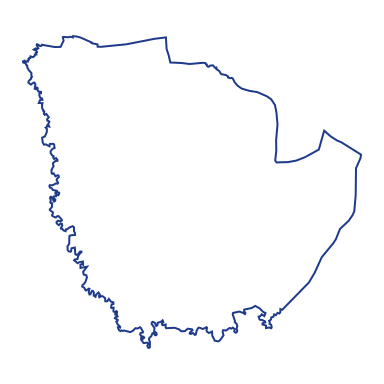 the district of Ban Mai Chaiyaphot, Buri Ram, Thailand
{"feature_id": "78962969B40296665264995", "entity_name": "Ban Mai Chaiyaphot", "entity_type": "district", "adm_level": 2, "iso_a3": "THA", "parent_name": "Thailand", "parent_adm1": "Buri Ram", "projection": "natural_earth1", "projection_center": [102.815, 15.571], "detail": "fine", "context": "isolated", "style": "outline", "palette": "blue", "viewbox_px": 384, "rotation_deg": 0, "n_neighbors": 0, "source": "geoboundaries", "source_scale": "gbopen_adm2", "svg_char_len": 5761}
<svg xmlns="http://www.w3.org/2000/svg" viewBox="0 0 384 384"><path d="M165.9,37.4L154.5,38.8L126.4,44.3L101.2,46.8L97.6,46.7L97.5,44.4L91.6,43.1L91.7,42.5L80.7,37.6L76.2,36.4L73.0,36.2L72.8,37.5L70.7,36.7L68.4,37.3L63.4,36.9L62.8,37.2L63.6,40.6L60.6,46.9L54.6,47.0L41.9,44.8L41.4,45.8L39.9,46.0L38.0,44.5L36.9,44.3L36.7,45.3L38.3,48.3L36.9,49.2L35.6,48.4L33.8,49.6L36.0,50.6L37.1,52.0L37.0,52.5L35.7,53.1L36.3,54.5L34.8,54.7L34.7,55.8L33.1,57.2L30.5,56.4L30.3,58.0L29.3,57.9L28.6,58.6L28.9,59.7L27.7,60.5L27.9,61.5L25.8,61.8L24.7,60.6L23.0,61.4L23.2,62.6L25.6,63.1L26.1,64.8L27.2,65.5L27.2,67.2L28.8,70.2L31.4,72.9L31.3,75.2L32.0,76.9L31.0,77.6L31.1,78.8L28.8,80.8L28.4,82.7L30.9,84.6L33.6,82.6L34.4,82.6L35.4,84.2L34.7,88.8L35.7,89.1L36.4,87.5L37.2,87.6L37.7,88.2L37.4,89.6L38.4,91.5L41.0,91.9L41.0,93.2L39.5,93.2L39.3,95.2L40.0,97.5L42.1,98.5L42.4,99.8L40.1,100.0L38.8,103.0L42.5,103.2L42.0,104.9L42.2,108.6L43.2,109.8L43.2,110.9L44.3,111.3L43.8,113.8L44.8,114.9L46.3,113.9L48.8,117.3L47.1,119.2L47.4,120.7L48.9,121.2L49.4,121.9L48.1,124.0L49.1,126.5L47.0,125.7L46.7,127.1L45.7,127.6L46.9,129.0L46.8,132.1L44.9,136.4L42.1,137.7L42.7,142.4L44.0,144.7L45.9,144.4L49.5,146.3L49.9,144.0L53.0,143.8L54.1,144.4L54.6,148.0L52.6,148.8L51.6,149.9L50.6,151.4L50.6,152.9L52.1,155.4L53.7,156.3L53.2,157.6L54.1,159.0L56.1,158.1L57.5,160.0L57.4,160.9L55.6,160.9L53.1,163.0L52.9,164.0L53.6,166.1L51.4,170.2L51.7,173.4L52.3,173.8L53.7,173.4L55.4,176.3L57.8,175.2L58.6,175.6L58.9,177.1L57.1,178.6L56.6,180.0L58.1,182.8L57.5,183.7L55.9,183.4L52.8,185.2L49.7,185.2L49.4,186.2L49.9,187.5L51.5,188.1L52.9,190.0L56.9,190.8L56.9,191.6L55.5,192.5L55.4,193.2L58.0,192.3L59.0,192.5L59.3,193.2L58.4,195.2L56.7,194.7L56.1,195.2L56.0,196.3L54.1,196.3L53.3,197.0L53.3,197.8L55.3,199.6L55.2,200.8L54.2,201.6L53.7,201.4L52.9,198.7L50.9,196.7L50.4,196.9L50.1,198.3L50.8,199.9L50.3,202.4L50.6,203.0L52.1,203.3L52.0,206.9L49.8,209.4L49.8,210.1L52.9,212.3L52.8,213.7L52.0,215.1L52.5,216.1L55.8,217.5L57.4,216.1L58.6,216.1L61.7,219.6L61.9,220.4L60.2,221.4L58.0,220.7L56.5,222.0L56.7,223.4L58.9,225.2L60.7,223.5L61.8,223.7L62.3,225.7L60.8,228.1L61.0,228.7L62.4,228.9L63.3,230.3L65.6,231.2L66.0,229.3L67.3,229.2L69.6,227.4L72.6,226.2L74.0,227.3L74.0,231.3L74.9,232.8L75.1,234.9L70.3,235.4L69.4,236.0L69.2,243.8L67.5,246.4L67.6,249.9L68.7,251.3L70.4,251.8L71.0,251.3L71.5,248.3L74.8,247.5L75.3,254.2L76.2,254.8L77.7,254.6L80.2,251.5L81.4,251.5L81.4,252.3L80.3,253.0L78.2,255.9L77.5,259.0L74.8,259.5L74.1,260.3L77.6,263.2L79.0,262.3L82.9,261.5L83.1,264.7L81.6,264.1L80.4,264.8L80.5,267.9L87.0,266.7L83.1,271.9L83.8,274.6L86.4,275.3L86.9,277.6L85.3,282.1L83.9,284.1L82.5,285.0L82.2,286.6L84.2,287.7L85.6,290.4L86.4,290.4L88.7,288.6L89.4,288.8L88.7,292.4L89.5,294.5L90.4,294.3L91.8,291.1L92.7,290.8L93.9,292.5L93.7,295.6L95.5,296.8L96.1,294.6L98.5,292.5L99.9,294.7L98.9,295.9L99.4,297.3L101.6,296.1L102.6,296.2L105.1,298.1L105.3,301.3L107.3,301.2L108.8,298.9L110.8,301.5L113.4,302.4L113.4,304.0L111.6,304.4L111.1,307.5L111.5,308.0L113.6,307.7L113.4,311.2L113.9,311.8L114.9,312.1L116.3,311.1L117.1,311.7L116.9,313.3L115.5,313.2L115.2,314.5L117.0,315.2L117.6,316.5L115.5,317.2L114.9,318.2L117.7,319.8L117.7,320.6L116.3,321.6L117.7,324.4L120.2,326.8L120.1,327.4L118.6,326.6L117.8,327.3L118.9,330.0L120.4,331.1L121.3,330.4L122.5,331.0L124.0,330.5L130.2,332.1L133.0,330.7L135.4,328.2L137.8,328.5L139.9,327.2L140.7,327.7L143.1,331.9L142.9,332.4L140.4,333.2L140.2,334.5L141.4,336.2L143.6,336.7L144.2,337.7L142.6,339.1L141.2,337.9L141.1,339.7L143.7,343.1L147.0,342.6L147.9,343.0L148.0,344.2L147.3,346.0L148.2,347.8L149.3,347.8L149.9,347.2L149.9,341.9L149.0,339.5L149.2,338.1L151.3,336.1L152.5,333.2L153.7,333.2L155.2,335.3L156.3,335.1L156.7,334.2L156.4,333.0L154.1,331.3L154.5,328.0L151.6,323.9L151.9,322.4L152.9,321.8L155.2,323.1L155.7,325.4L156.3,326.0L157.4,325.2L157.8,322.7L160.6,322.0L162.6,320.3L163.4,322.1L161.9,323.8L162.0,324.6L163.1,325.3L165.7,324.5L165.6,327.2L166.1,328.2L174.7,327.8L179.2,329.4L181.2,331.3L184.9,331.1L187.8,328.7L192.0,329.3L192.5,330.2L189.9,332.5L189.7,333.5L190.8,334.0L192.9,333.0L194.9,334.9L195.8,334.5L196.8,330.2L198.4,327.8L199.6,327.7L202.8,329.0L206.6,327.2L207.1,328.0L206.4,330.1L207.1,331.8L209.0,333.0L212.0,331.6L212.3,335.8L214.8,340.7L218.6,341.4L220.1,340.1L223.5,335.4L222.6,331.8L223.1,330.2L226.1,330.5L229.6,328.0L231.5,328.6L232.7,327.6L234.7,329.0L234.2,331.3L234.7,332.1L235.7,332.7L236.9,332.0L237.2,330.4L236.6,328.9L237.3,325.8L236.4,323.5L234.8,322.3L234.9,320.7L232.7,314.5L233.1,312.9L239.2,311.6L242.8,312.7L244.9,314.1L245.4,313.1L244.1,311.0L244.2,309.6L251.8,308.0L255.2,305.9L259.5,308.3L263.3,312.0L265.5,313.0L264.3,316.1L261.7,314.3L260.4,316.1L258.7,316.6L259.4,319.2L260.0,319.8L262.2,320.0L265.0,321.3L265.3,322.4L262.6,323.2L262.5,324.5L266.0,325.6L266.0,328.1L269.3,327.5L271.3,328.2L271.7,327.3L271.4,325.6L271.0,324.6L269.5,323.8L269.8,321.9L269.1,320.8L271.0,319.5L271.3,317.4L273.4,316.8L274.2,314.4L275.8,315.2L277.6,312.9L279.4,313.5L280.3,312.2L280.4,309.1L282.2,309.8L308.9,282.5L314.7,272.7L321.8,257.1L333.1,243.5L335.9,239.2L340.0,228.9L348.7,220.8L352.5,215.2L354.3,211.3L355.7,194.8L356.0,168.3L360.5,158.1L361.0,154.6L341.5,142.4L336.9,140.4L330.7,136.4L324.2,130.7L318.8,149.6L305.0,157.2L296.3,160.6L287.9,162.1L276.5,162.4L275.2,160.6L276.3,150.5L276.1,140.3L277.5,124.5L276.5,113.1L275.0,105.1L271.2,99.3L267.1,96.4L257.3,92.1L249.6,90.9L241.7,88.6L237.5,85.6L234.9,82.6L232.7,78.4L231.6,77.9L230.0,78.2L228.0,77.4L228.1,76.5L226.1,75.1L221.2,74.1L219.2,71.0L216.4,69.1L216.4,67.6L215.3,67.9L212.8,65.3L209.7,65.7L209.1,66.6L208.2,66.8L206.8,65.7L206.8,64.5L205.8,64.1L205.5,63.1L203.1,62.8L189.5,64.0L181.6,63.0L170.3,62.5L168.8,55.7L166.6,48.9L165.9,37.4Z" fill="none" stroke="#1e3a8a" stroke-width="2"/></svg>